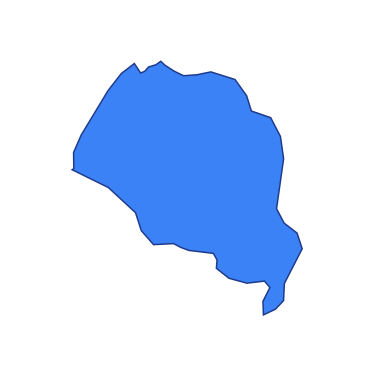 the District of Glodeni, rotated 68°
{"feature_id": "MDA-1621", "entity_name": "Glodeni", "entity_type": "District", "adm_level": 1, "iso_a3": "MDA", "parent_name": "Moldova", "parent_adm1": "", "projection": "orthographic", "projection_center": [27.543, 47.723], "detail": "fine", "context": "isolated", "style": "filled", "palette": "blue", "viewbox_px": 384, "rotation_deg": 68, "n_neighbors": 0, "source": "natural_earth", "source_scale": "10m", "svg_char_len": 717}
<svg xmlns="http://www.w3.org/2000/svg" viewBox="0 0 384 384"><g transform="rotate(68 192 192)"><path d="M126.5,294.8L126.0,292.8L111.0,287.0L97.6,273.3L66.5,231.8L55.6,213.0L51.3,197.3L62.4,195.1L62.4,190.6L59.8,185.5L60.5,177.8L59.1,172.0L64.4,169.5L73.0,163.5L81.0,156.3L85.2,143.3L87.7,129.5L103.8,110.0L123.1,105.3L139.2,106.6L152.6,91.2L173.6,89.2L195.5,94.6L239.2,119.9L255.4,118.2L269.4,110.0L285.9,111.1L311.4,140.6L327.0,147.8L331.9,158.5L332.7,171.8L320.0,167.2L309.8,155.6L301.8,158.1L297.1,175.2L285.9,190.0L271.9,198.0L264.3,194.2L256.9,195.2L245.0,216.8L239.2,223.1L232.9,228.5L226.4,247.4L208.8,253.5L190.1,252.1L156.5,267.9L126.5,294.8Z" fill="#3b82f6" stroke="#1e3a8a" stroke-width="1.5"/></g></svg>